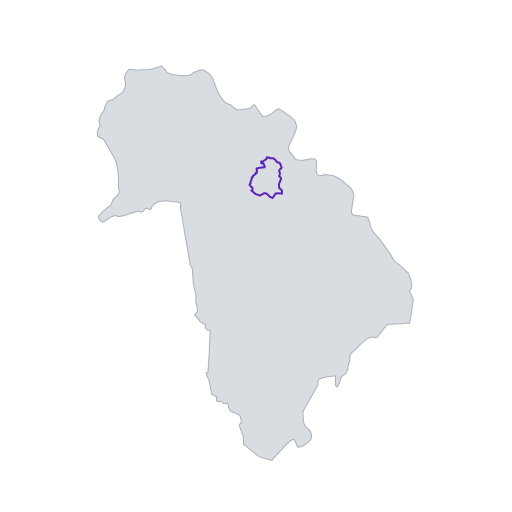 location of Nayala within Burkina Faso, rotated 81°
{"feature_id": "BFA-2807", "entity_name": "Nayala", "entity_type": "Province", "adm_level": 1, "iso_a3": "BFA", "parent_name": "Burkina Faso", "parent_adm1": "", "projection": "orthographic", "projection_center": [-3.069, 12.674], "detail": "fine", "context": "in_parent", "style": "outline", "palette": "violet", "viewbox_px": 512, "rotation_deg": 81, "n_neighbors": 0, "source": "natural_earth", "source_scale": "10m", "svg_char_len": 4451}
<svg xmlns="http://www.w3.org/2000/svg" viewBox="0 0 512 512"><g transform="rotate(81 256 256)"><path d="M384.5,321.2L371.1,321.9L366.3,323.4L363.4,323.5L363.3,322.3L362.9,321.5L346.1,317.7L334.3,315.4L322.3,312.8L321.7,315.3L319.9,317.0L317.4,317.1L315.6,316.8L314.4,318.7L312.4,321.3L309.7,322.6L307.0,324.2L305.5,325.6L304.4,325.7L301.6,322.4L298.0,322.1L291.2,322.7L288.1,321.8L283.9,321.4L274.1,322.2L258.3,320.9L255.8,321.7L255.1,322.3L239.5,322.5L222.3,322.8L208.0,322.9L195.4,323.1L195.4,322.5L191.3,322.5L190.9,323.6L187.3,336.7L186.9,343.9L188.8,348.3L191.0,351.1L193.4,352.3L193.6,353.9L191.7,356.0L191.9,358.1L194.1,360.3L194.7,362.5L193.5,365.0L193.8,370.7L195.5,379.9L195.6,385.8L194.0,388.5L194.7,393.1L197.8,399.7L198.4,402.4L197.3,403.7L194.7,405.4L192.1,405.4L189.0,401.4L187.7,399.6L185.2,395.6L183.2,391.6L180.3,389.8L177.6,388.2L174.2,383.1L170.9,380.6L167.5,381.3L162.5,380.4L152.3,379.1L141.4,379.4L136.9,380.6L132.4,382.4L121.1,386.5L116.6,388.5L113.2,393.6L109.4,393.5L105.5,391.8L103.1,389.5L98.0,390.0L93.0,387.7L88.2,383.2L84.7,381.7L80.1,378.4L78.9,372.3L76.1,368.0L73.5,362.0L69.6,359.2L65.1,357.8L58.9,358.0L54.8,355.6L51.6,352.1L52.5,349.0L53.9,344.7L54.1,340.6L55.2,333.9L54.6,325.4L53.5,319.6L57.0,317.1L61.0,315.0L63.5,311.0L66.1,302.1L67.3,294.3L66.5,291.5L65.2,289.2L64.2,285.8L63.6,281.8L64.3,278.2L67.4,274.9L71.1,272.2L73.8,270.9L80.9,269.6L89.7,267.6L94.8,265.3L98.6,263.0L100.6,261.2L102.8,257.4L106.2,254.5L108.9,251.6L109.3,243.4L109.3,238.7L107.3,236.1L106.3,233.9L119.3,227.6L119.5,223.1L117.7,218.0L115.1,213.9L114.2,210.4L117.8,206.3L121.0,203.2L123.4,200.6L128.5,196.5L133.9,195.5L138.7,197.1L152.9,206.6L155.4,207.2L158.4,206.4L162.1,204.0L167.0,202.0L168.8,195.7L168.6,186.3L169.7,182.1L172.3,181.3L180.5,183.1L182.6,183.2L185.0,182.6L186.7,181.0L186.7,178.0L186.3,175.3L188.9,166.7L193.8,160.2L203.6,152.0L206.7,150.4L210.2,149.6L227.9,155.1L230.7,153.7L235.0,139.8L239.7,138.5L245.4,138.2L249.1,137.0L251.1,136.1L259.4,130.8L274.1,123.5L282.0,120.4L283.5,119.3L289.1,114.1L296.6,108.3L301.4,107.1L308.0,106.6L312.2,107.5L313.3,109.1L314.7,109.9L323.3,107.4L335.7,111.2L346.5,114.9L345.8,117.4L345.8,121.7L345.0,128.6L344.1,136.8L348.6,142.1L354.0,147.7L355.4,149.9L354.1,155.6L355.1,158.9L358.0,164.3L362.9,171.2L367.9,178.4L371.3,179.3L374.5,179.8L376.5,181.1L379.4,182.3L382.3,183.0L384.8,184.6L386.4,186.1L388.5,190.5L394.1,193.3L398.0,196.2L396.5,197.7L391.7,197.2L387.1,196.0L386.6,198.1L386.5,206.2L387.3,213.0L388.4,213.9L393.0,215.1L404.0,223.7L414.0,231.8L417.3,234.0L422.8,234.7L428.9,234.9L431.5,234.1L437.4,229.8L440.5,229.3L443.4,229.3L445.0,230.0L447.9,233.3L450.6,238.4L451.5,242.2L451.3,244.3L450.4,245.1L445.5,246.2L443.5,247.0L443.0,248.1L443.8,250.7L444.7,252.3L450.2,259.7L458.0,269.6L460.4,272.1L459.1,275.1L455.4,283.1L452.5,286.4L439.8,297.8L433.5,296.6L420.3,299.1L418.2,296.6L415.1,296.3L411.3,296.8L409.9,297.8L409.5,298.9L408.1,300.4L405.8,304.9L403.9,306.0L401.5,306.8L398.6,306.7L396.9,307.3L397.0,309.5L396.5,311.4L394.5,312.4L393.7,314.5L393.9,316.6L392.8,317.6L390.3,317.1L388.8,316.6L387.4,319.3L385.7,321.2L384.5,321.2Z" fill="#d9dde1" stroke="#a8b0b8" stroke-width="1"/><path d="M201.2,230.7L199.7,233.0L198.4,234.0L197.0,234.9L196.2,235.7L195.5,236.8L195.3,238.4L195.9,240.0L196.5,241.4L196.9,242.6L194.7,246.7L190.7,250.2L190.4,249.6L189.5,248.9L188.4,248.8L187.5,249.3L186.3,250.3L185.9,250.6L185.2,250.9L184.7,251.2L184.4,251.2L183.5,250.2L183.0,250.0L181.9,249.7L179.8,248.5L179.1,248.2L178.5,248.1L178.1,248.0L177.5,247.4L177.4,247.3L177.2,246.9L177.2,246.7L176.4,246.4L174.3,242.7L173.9,243.1L173.4,242.6L173.1,242.2L172.8,241.8L172.0,241.6L170.8,241.9L170.2,241.9L169.7,241.6L169.8,241.4L169.4,239.0L169.7,233.9L169.2,233.4L167.6,233.7L166.2,234.1L165.7,234.6L165.3,236.0L165.0,236.3L164.5,236.2L164.1,235.9L163.8,236.0L163.7,236.1L163.4,235.9L163.9,235.1L163.9,234.6L162.6,232.2L162.1,230.9L161.9,230.5L161.6,230.3L160.9,230.1L160.4,230.0L160.6,228.1L161.0,227.7L161.7,226.7L162.1,224.2L162.6,223.2L163.6,222.2L166.5,220.6L167.0,219.9L167.2,218.8L168.4,217.7L172.7,216.9L173.4,217.4L174.1,218.7L174.9,219.6L175.9,219.8L177.1,219.6L178.2,219.5L179.5,219.9L180.6,220.6L181.4,220.4L182.4,219.3L184.0,219.3L185.7,220.3L186.9,221.2L188.2,221.9L189.8,222.2L191.6,222.4L193.0,222.1L194.6,220.5L195.9,220.2L196.7,220.3L198.4,220.7L198.1,221.7L197.4,225.2L197.4,226.9L197.9,227.5L199.5,228.7L201.2,230.7Z" fill="none" stroke="#5b21b6" stroke-width="2"/></g></svg>